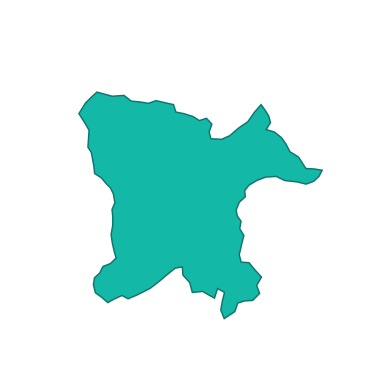 outline of Presidente Castello Branco, Santa Catarina, Brazil, rotated 247°
{"feature_id": "56859067B89740019221326", "entity_name": "Presidente Castello Branco", "entity_type": "district", "adm_level": 2, "iso_a3": "BRA", "parent_name": "Brazil", "parent_adm1": "Santa Catarina", "projection": "orthographic", "projection_center": [-51.785, -27.238], "detail": "fine", "context": "isolated", "style": "filled", "palette": "teal", "viewbox_px": 384, "rotation_deg": 247, "n_neighbors": 0, "source": "geoboundaries", "source_scale": "gbopen_adm2", "svg_char_len": 1556}
<svg xmlns="http://www.w3.org/2000/svg" viewBox="0 0 384 384"><g transform="rotate(247 192 192)"><path d="M154.3,308.1L156.7,314.9L161.2,320.3L165.5,313.4L169.1,306.0L176.0,304.8L182.5,303.7L190.8,297.9L199.6,297.2L207.0,295.6L215.0,291.3L220.5,284.6L225.1,291.3L232.0,292.3L238.9,291.2L245.4,289.7L241.0,280.6L234.9,270.9L232.6,259.6L229.1,248.8L228.9,239.9L233.6,230.2L240.5,231.2L246.7,236.8L254.2,234.1L254.8,226.7L261.1,222.4L267.1,215.4L271.9,208.4L279.7,209.1L284.9,201.8L290.2,194.5L290.6,186.6L295.4,179.0L299.4,171.6L307.5,167.1L311.3,156.0L316.5,149.4L321.1,143.5L318.8,136.9L315.5,128.7L308.3,118.5L299.8,120.0L289.1,121.4L280.4,117.0L273.9,113.7L267.6,114.8L261.5,113.4L254.2,111.8L247.1,109.6L240.4,114.1L233.5,116.2L227.8,118.5L221.2,118.9L212.4,116.9L207.0,111.5L199.8,109.3L192.1,105.9L184.4,100.9L175.6,98.6L167.2,97.1L160.9,96.4L158.0,89.0L158.2,80.9L153.4,75.3L151.1,68.7L145.1,65.0L137.0,63.7L130.4,67.7L123.1,71.3L123.9,78.3L124.1,87.1L118.7,91.5L118.7,102.3L119.7,115.9L122.6,127.0L125.8,137.3L128.5,146.8L126.8,153.8L119.1,151.2L109.5,154.5L99.4,153.1L96.3,163.0L90.9,167.0L85.5,171.2L93.2,177.8L86.9,182.7L79.4,177.1L72.1,172.4L62.9,172.2L65.2,184.7L71.9,190.7L71.2,197.8L68.5,205.5L72.2,214.6L80.7,215.0L86.5,222.7L95.1,219.7L104.7,216.8L108.2,209.8L115.8,211.0L124.3,217.1L131.7,222.7L139.6,221.6L145.9,225.7L152.1,224.3L158.2,225.6L164.1,231.5L166.8,239.2L172.7,241.1L176.0,247.0L177.3,256.2L176.9,265.8L173.4,275.7L166.2,282.0L160.3,292.6L154.7,300.1L154.3,308.1Z" fill="#14b8a6" stroke="#0f766e" stroke-width="1.5"/></g></svg>